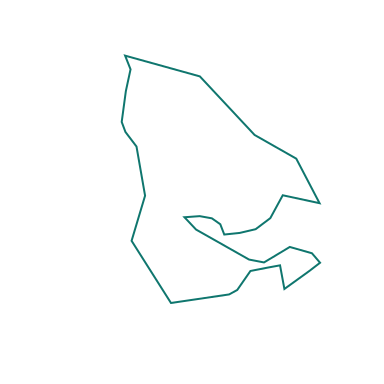 map outline of Halton (Albers equal-area conic projection), rotated 223°
{"feature_id": "GBR-5708", "entity_name": "Halton", "entity_type": "Unitary Authority", "adm_level": 1, "iso_a3": "GBR", "parent_name": "United Kingdom", "parent_adm1": "", "projection": "albers", "projection_center": [-2.723, 53.34], "detail": "fine", "context": "isolated", "style": "outline", "palette": "teal", "viewbox_px": 384, "rotation_deg": 223, "n_neighbors": 0, "source": "natural_earth", "source_scale": "10m", "svg_char_len": 596}
<svg xmlns="http://www.w3.org/2000/svg" viewBox="0 0 384 384"><g transform="rotate(223 192 192)"><path d="M91.1,270.8L123.4,251.5L116.9,226.3L120.1,208.2L129.2,194.6L139.4,182.9L149.3,187.7L159.5,186.3L169.9,179.6L180.3,168.4L163.4,167.3L104.2,181.5L91.3,189.6L83.0,218.5L62.5,229.0L50.1,227.6L52.3,214.4L58.3,184.1L77.6,198.4L85.1,188.3L95.4,174.1L92.1,151.2L95.0,142.4L115.7,116.5L131.7,96.5L202.9,115.1L223.8,157.3L263.6,187.4L281.6,190.5L291.2,195.3L309.2,220.7L320.6,239.8L333.9,246.1L265.1,281.9L185.1,276.4L138.5,287.5L91.1,270.8Z" fill="none" stroke="#0f766e" stroke-width="2"/></g></svg>